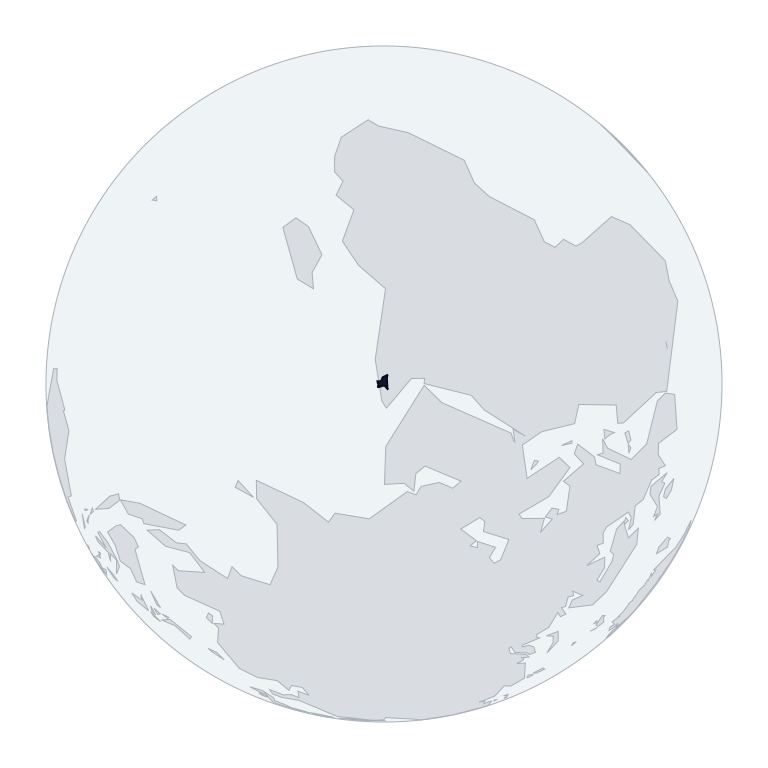 Nugaal on an orthographic globe, rotated 144°
{"feature_id": "SOM-2413", "entity_name": "Nugaal", "entity_type": "Region", "adm_level": 1, "iso_a3": "SOM", "parent_name": "Somalia", "parent_adm1": "", "projection": "orthographic", "projection_center": [49.001, 8.49], "detail": "fine", "context": "on_globe", "style": "filled", "palette": "ink", "viewbox_px": 768, "rotation_deg": 144, "n_neighbors": 0, "source": "natural_earth", "source_scale": "10m", "svg_char_len": 8270}
<svg xmlns="http://www.w3.org/2000/svg" viewBox="0 0 768 768"><g transform="rotate(144 384 384)"><circle cx="384" cy="384" r="338" fill="#eef3f6" stroke="#a8b0b8"/><path d="M46.5,400.4L46.6,401.6L49.3,420.8L52.0,441.3L55.1,461.5L56.2,466.1L49.7,433.5L46.5,400.4ZM347.0,48.1L351.5,47.7L352.0,47.7L339.6,49.0L347.0,48.1ZM551.5,90.5L557.6,96.0L578.7,113.1L581.7,112.5L590.8,118.5L617.4,142.8L638.6,177.9L650.9,190.5L656.4,198.9L656.2,204.1L648.2,191.7L641.7,187.4L637.2,180.3L634.2,186.1L627.6,176.2L628.5,186.6L636.0,194.4L641.0,192.1L644.6,206.6L658.8,220.9L668.2,239.0L670.6,272.6L661.2,284.0L662.3,290.2L654.6,283.8L650.4,296.7L669.6,330.4L671.2,340.7L661.5,361.5L660.2,353.9L639.8,337.0L640.3,361.8L656.0,381.0L661.5,404.9L651.4,398.3L645.3,377.5L638.0,370.9L636.8,349.3L624.9,318.5L614.4,325.5L612.3,312.9L594.2,288.6L577.5,298.1L553.0,333.4L554.5,366.0L543.9,381.1L518.9,335.6L510.1,304.9L499.6,308.3L475.1,283.5L428.4,283.3L423.2,275.5L414.1,279.4L397.1,271.8L389.7,259.3L378.8,260.2L399.0,293.5L410.9,292.8L422.8,279.7L426.1,291.8L442.6,302.5L419.3,332.4L352.3,359.3L348.2,335.0L310.0,269.4L312.5,262.3L312.5,261.5L312.2,260.1L306.1,271.6L300.4,259.1L318.1,304.0L320.1,323.6L351.3,360.8L347.8,364.6L358.6,372.3L396.2,363.1L395.8,371.3L376.6,409.1L326.7,460.2L334.8,494.9L333.7,524.0L305.9,542.6L311.8,564.9L297.9,572.2L299.3,584.6L290.1,597.2L273.5,608.7L241.5,607.1L236.8,595.9L216.7,573.1L187.6,517.9L192.7,493.5L188.7,473.8L165.9,428.6L170.7,404.7L165.3,394.0L153.7,395.5L147.8,382.8L141.1,381.8L101.5,385.7L91.4,368.3L84.0,318.2L92.6,300.0L97.6,278.3L159.6,211.9L168.8,217.1L213.2,211.8L218.0,214.8L208.5,230.5L238.4,252.9L253.1,239.9L284.4,252.7L307.9,253.3L323.8,223.5L285.3,221.7L282.8,207.1L317.0,196.0L351.2,199.4L351.4,194.0L333.2,181.0L344.7,171.9L327.3,175.9L331.7,181.6L321.0,184.8L316.3,179.9L320.6,176.6L311.3,173.8L293.5,192.1L296.0,199.8L269.4,202.1L271.1,215.6L262.6,221.5L256.6,201.2L259.9,194.0L245.8,172.9L239.9,180.3L252.9,201.3L247.2,199.4L239.3,211.3L240.9,200.8L228.4,177.6L206.7,181.1L172.9,209.5L161.6,211.3L155.0,204.7L173.6,175.1L196.8,174.6L203.7,165.7L204.4,152.5L211.4,154.0L214.6,149.1L223.9,149.0L242.3,138.2L252.5,137.7L264.9,124.0L271.9,122.3L262.5,130.5L261.6,136.7L287.7,137.5L294.2,134.8L300.2,126.3L306.6,128.3L309.0,120.0L326.6,117.9L307.2,114.1L313.7,105.7L327.1,100.1L325.7,97.0L304.0,106.4L298.4,111.0L299.2,115.8L281.0,129.9L270.9,131.9L276.8,115.9L263.1,117.7L273.7,105.8L326.0,85.2L345.2,82.7L366.1,94.3L358.7,98.6L347.5,96.2L353.1,105.5L354.9,101.3L360.2,103.5L367.8,97.3L371.9,98.7L372.1,91.0L378.0,92.0L377.8,96.9L394.0,90.2L407.7,91.6L409.4,89.6L407.3,87.1L426.1,91.5L426.5,89.9L420.5,87.7L417.4,83.4L419.2,77.9L425.6,79.7L425.8,81.9L435.9,89.9L435.5,96.5L438.3,96.8L440.2,91.6L427.9,81.6L427.2,77.9L434.2,82.0L431.6,80.2L433.2,79.0L440.9,79.8L433.7,75.3L443.2,63.5L459.0,65.1L464.1,69.2L477.5,66.4L494.2,70.6L488.6,68.3L491.3,66.8L486.1,65.4L483.6,64.3L488.1,62.7L494.1,64.5L493.4,64.3L523.1,76.0L551.5,90.5ZM133.9,246.1L131.1,252.4L131.1,252.5L133.9,246.1ZM384.9,219.7L407.1,221.5L401.4,202.9L409.5,202.4L404.6,196.7L400.9,201.6L389.7,186.3L400.8,181.6L400.3,174.2L392.8,173.3L374.3,184.8L390.3,206.1L383.3,213.4L384.9,219.7ZM222.8,125.5L224.1,128.5L217.9,133.7L205.0,137.2L213.8,129.3L222.8,125.5ZM227.5,131.7L237.0,116.4L245.4,114.6L239.1,118.0L243.7,118.3L234.8,124.1L233.6,138.5L228.1,144.3L207.1,145.8L217.0,141.7L215.1,138.6L227.5,131.7ZM246.1,89.7L250.3,85.5L263.2,86.5L257.8,90.4L244.5,93.4L243.1,90.6L246.1,89.7ZM343.8,54.6L338.7,53.9L339.2,57.3L330.2,57.7L330.8,58.1L322.6,59.7L313.7,62.7L310.2,62.7L308.3,63.9L302.8,65.4L299.0,67.2L291.4,68.2L286.1,70.7L285.5,69.8L278.4,74.1L280.3,71.4L273.4,73.8L275.2,75.1L243.7,80.4L229.0,86.3L215.7,93.2L220.8,89.0L236.5,80.5L256.3,71.6L269.7,67.1L269.6,66.6L276.0,64.5L273.4,65.8L281.2,62.7L285.8,61.6L303.4,56.6L311.8,54.1L318.5,52.7L317.5,53.1L324.8,51.5L327.5,51.7L332.3,50.9L339.8,50.7L335.1,52.9L340.9,51.9L346.8,52.4L343.8,54.6ZM337.6,49.3L339.1,49.1L344.2,48.5L341.7,49.0L353.7,47.7L350.2,49.0L343.5,50.3L333.3,50.1L328.5,50.9L322.9,51.6L337.6,49.3ZM226.1,209.2L230.4,210.2L237.6,209.9L232.7,217.9L226.1,209.2ZM217.1,193.5L221.3,192.6L218.0,202.8L213.6,202.3L217.1,193.5ZM226.5,184.1L221.8,191.8L221.7,187.4L226.5,184.1ZM266.7,129.7L271.6,128.9L271.0,130.9L267.0,133.9L266.7,129.7ZM343.3,68.3L341.4,66.8L343.5,66.2L346.2,62.2L353.1,62.1L354.2,64.5L343.3,68.3ZM315.6,228.4L307.2,233.8L304.4,230.9L307.8,229.5L315.6,228.4ZM266.7,225.6L276.6,229.9L265.3,227.7L266.7,225.6ZM351.2,67.5L351.5,65.7L354.8,66.8L351.2,67.5ZM358.2,61.9L362.5,62.8L354.2,61.7L358.2,61.9ZM460.2,665.8L463.3,669.0L457.7,669.5L460.2,665.8ZM392.4,519.9L373.8,570.1L357.5,570.2L352.6,555.5L358.2,525.1L376.6,516.5L385.1,502.5L392.4,519.9ZM697.1,456.3L700.1,457.2L699.7,458.8L697.1,456.3ZM694.1,451.6L698.1,451.4L692.9,455.1L694.1,451.6ZM699.6,451.3L703.6,447.6L705.4,444.8L704.7,448.1L699.6,451.3ZM691.1,452.2L671.8,454.4L663.3,451.3L666.1,445.3L679.8,445.1L691.1,452.2ZM665.3,445.2L651.4,430.7L627.2,386.4L636.0,386.4L660.3,412.1L658.9,417.2L667.3,428.9L665.3,445.2ZM696.2,411.7L694.6,426.7L684.7,426.8L679.8,425.1L676.5,406.6L678.4,396.7L682.7,396.5L695.3,362.1L700.5,369.3L697.5,383.5L701.5,395.8L696.2,411.7ZM556.2,369.0L565.1,388.0L558.8,391.6L556.2,369.0ZM697.5,339.0L694.4,353.7L696.3,334.4L697.5,339.0ZM696.9,321.2L698.6,328.2L695.3,321.7L696.9,321.2ZM664.9,299.6L660.5,301.8L659.0,297.0L663.7,291.4L664.9,299.6ZM675.4,254.8L680.6,268.6L681.6,273.4L677.1,265.2L675.4,254.8ZM410.4,70.6L399.0,75.5L395.4,80.5L400.6,84.8L388.5,81.5L394.0,73.8L410.4,70.6ZM438.5,63.8L433.9,61.1L439.1,61.7L440.8,62.4L438.5,63.8ZM433.5,62.6L422.1,60.7L421.6,58.9L430.7,60.6L433.5,62.6ZM386.4,62.2L382.6,63.5L380.0,62.4L386.4,62.2ZM668.2,566.9L669.6,564.3L642.3,590.6L639.4,588.6L646.8,578.7L657.5,550.5L659.1,550.8L666.4,531.4L686.4,511.2L702.7,477.3L706.1,478.2L713.3,454.2L714.4,454.8L709.8,473.4L709.1,476.2L701.4,499.9L692.0,523.0L680.9,545.4L668.2,566.9ZM704.4,456.6L709.6,444.2L711.4,442.8L704.4,456.6ZM718.2,434.1L718.3,433.1L718.2,434.1ZM720.1,419.1L720.4,416.3L719.2,413.2L719.0,406.5L720.2,401.5L718.2,396.8L720.6,392.9L720.7,406.7L721.6,395.3L721.7,396.1L720.1,419.1ZM718.8,424.0L719.0,423.9L718.3,428.3L718.8,424.0ZM714.0,412.6L713.7,416.6L712.7,413.7L714.0,412.6ZM715.5,410.0L717.7,413.6L715.0,413.4L715.5,410.0ZM703.9,398.7L705.2,407.7L709.4,401.1L706.1,410.1L708.0,424.9L706.7,430.8L705.0,414.7L702.8,432.0L700.9,432.0L700.7,417.6L703.2,399.5L705.1,391.9L712.1,387.6L703.9,398.7ZM715.8,398.7L715.0,388.1L715.4,380.9L716.4,386.3L715.8,398.7ZM710.9,363.2L706.8,351.6L704.5,356.7L707.7,338.9L711.4,352.9L710.9,363.2ZM705.1,337.1L703.2,341.7L704.3,331.5L705.1,337.1ZM701.8,337.8L700.0,329.5L702.4,330.3L701.8,337.8ZM706.5,337.2L704.4,323.1L706.9,331.2L706.5,337.2ZM695.1,311.3L702.7,324.0L695.4,319.2L688.3,292.8L690.9,291.7L695.1,311.3ZM666.8,207.8L662.4,201.2L662.8,199.5L665.8,204.5L666.8,207.8ZM660.3,190.7L661.5,197.0L661.8,203.4L664.8,206.3L670.5,217.9L662.5,207.5L657.6,194.8L658.6,192.1L652.6,183.0L649.5,177.0L640.7,166.1L637.3,161.5L645.6,170.9L660.3,190.7ZM636.8,161.6L620.3,143.6L624.0,146.3L628.5,150.8L634.5,157.7L632.2,155.8L636.8,161.6ZM617.4,140.3L615.0,138.6L585.7,114.6L580.5,110.5L604.7,128.6L603.7,128.2L610.3,134.1L617.4,140.3ZM480.7,63.5L477.8,62.2L481.3,62.9L480.7,63.5ZM471.7,59.2L469.8,59.3L469.2,58.4L471.7,59.2ZM466.0,60.1L467.8,59.0L469.9,61.2L466.0,60.1Z" fill="#d9dde1" stroke="#a8b0b8" stroke-width="1"/><path d="M375.4,389.4L375.5,389.4L375.8,389.1L376.0,388.8L376.3,388.6L376.6,388.3L376.9,388.0L377.2,387.7L377.5,387.5L377.8,387.2L378.0,386.9L378.4,386.4L378.7,385.8L379.1,385.3L379.4,384.8L379.8,384.2L380.1,383.7L380.5,383.2L380.8,382.6L381.2,382.1L381.5,381.5L381.9,381.0L382.2,380.5L382.6,379.9L382.9,379.4L383.3,378.9L383.6,378.3L383.6,377.7L384.3,377.6L384.5,380.2L384.6,381.6L385.0,382.3L385.7,382.8L386.6,383.4L388.0,383.5L388.5,383.8L388.9,384.9L389.2,384.5L389.4,384.2L390.1,384.3L390.8,384.9L390.7,385.0L390.5,385.7L390.4,385.9L390.2,386.1L389.4,386.6L388.9,387.1L388.8,387.3L388.7,387.5L388.7,387.9L388.7,388.0L388.8,388.0L388.8,388.3L388.6,388.7L388.4,388.8L388.4,389.2L388.3,389.3L387.7,390.4L386.9,389.4L386.6,389.4L385.1,388.7L384.2,388.6L381.1,390.4L375.6,389.5L375.4,389.4Z" fill="#0f172a" stroke="#020617" stroke-width="1.5"/></g></svg>